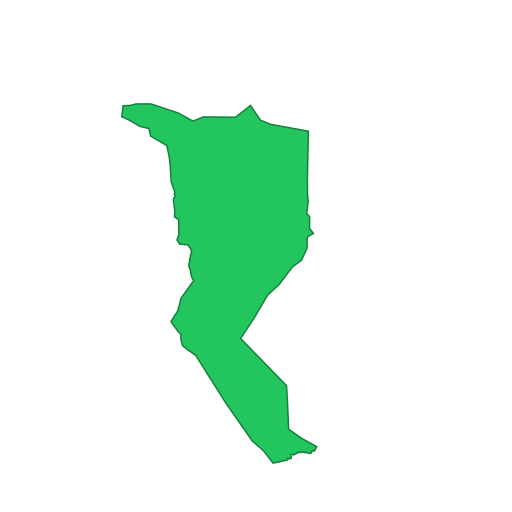 outline of Tonkhil, Govi-Altay, Mongolia, rotated 329°
{"feature_id": "93677404B45605151129701", "entity_name": "Tonkhil", "entity_type": "district", "adm_level": 2, "iso_a3": "MNG", "parent_name": "Mongolia", "parent_adm1": "Govi-Altay", "projection": "orthographic", "projection_center": [93.425, 45.796], "detail": "fine", "context": "isolated", "style": "filled", "palette": "green", "viewbox_px": 512, "rotation_deg": 329, "n_neighbors": 0, "source": "geoboundaries", "source_scale": "gbopen_adm2", "svg_char_len": 4168}
<svg xmlns="http://www.w3.org/2000/svg" viewBox="0 0 512 512"><g transform="rotate(329 256 256)"><path d="M163.9,442.3L166.6,443.3L168.5,444.0L175.9,446.3L177.4,446.9L178.8,446.8L179.0,446.7L179.1,446.4L179.1,446.2L179.2,446.3L179.3,446.3L179.5,446.5L179.8,446.6L180.0,446.6L180.4,446.9L180.5,446.9L180.6,447.0L180.8,447.1L181.0,447.2L181.3,447.3L181.6,447.5L181.8,447.6L181.9,447.4L181.9,447.2L182.1,447.0L182.3,446.8L182.4,446.7L182.4,446.4L182.5,446.2L182.8,446.2L182.8,445.9L182.8,445.7L182.8,445.3L182.9,445.2L183.0,445.2L183.2,444.9L183.3,444.7L183.4,444.4L183.4,444.2L183.5,444.2L183.5,444.3L183.7,444.5L183.9,444.5L184.0,444.5L184.3,444.6L184.5,444.7L184.9,444.8L185.3,444.9L185.5,445.0L185.6,445.3L185.7,445.5L185.8,445.6L186.0,445.8L186.0,446.0L186.3,446.0L186.4,445.9L186.5,445.8L186.7,445.7L186.8,445.7L187.0,445.7L187.3,445.8L187.5,445.9L187.7,446.0L187.8,446.0L188.0,446.0L188.3,446.1L188.5,446.1L189.0,446.0L189.2,445.9L189.3,445.9L189.6,446.1L189.8,446.3L189.9,446.2L190.1,446.0L190.2,445.8L190.2,445.7L190.3,445.7L190.5,445.7L190.8,445.6L191.2,445.8L191.3,445.9L191.3,446.0L191.5,446.0L191.8,446.1L192.0,446.2L192.3,446.1L192.5,446.2L192.5,446.3L192.6,446.8L192.5,447.1L192.5,447.3L192.8,447.4L193.0,447.4L193.1,447.5L193.3,447.6L193.5,447.7L193.6,447.8L193.9,447.9L194.1,447.9L194.6,447.9L195.0,447.9L195.4,447.9L195.6,448.0L195.8,448.1L195.9,448.3L196.0,448.5L196.1,448.8L196.0,449.0L196.3,449.1L196.4,449.3L196.4,449.5L196.6,449.7L196.7,449.8L196.8,449.8L197.0,449.8L197.3,449.9L197.6,449.9L197.8,450.0L198.0,450.2L198.1,450.3L198.1,450.5L198.3,450.6L198.4,450.8L198.4,451.0L198.6,451.2L198.7,451.3L198.8,451.4L198.9,451.5L199.0,451.5L199.3,451.8L199.5,451.9L199.6,452.1L199.8,452.4L200.0,452.5L200.4,452.8L200.6,453.0L200.8,453.1L201.0,453.2L201.3,453.2L201.6,453.2L202.0,453.2L202.3,453.2L202.5,453.0L202.5,452.9L202.5,452.7L202.8,452.4L203.1,452.3L203.3,452.2L203.6,452.2L203.9,452.2L204.0,452.2L204.2,452.3L204.3,452.4L204.4,452.5L204.5,452.6L204.8,452.6L205.0,452.5L205.2,452.8L205.3,452.9L205.4,453.0L205.5,453.0L205.8,452.9L205.7,452.8L205.7,452.7L205.8,452.5L205.8,452.4L206.0,452.3L206.4,452.6L206.7,452.8L209.3,450.9L209.5,450.8L209.6,450.7L209.8,450.7L200.9,435.2L194.8,421.3L208.8,395.5L215.4,382.8L200.3,318.8L222.3,308.3L246.1,295.4L261.0,292.4L281.8,284.1L293.0,283.0L303.9,275.5L306.4,271.4L307.5,269.5L308.8,267.5L309.7,266.4L310.2,266.1L311.4,266.1L313.8,266.1L316.8,266.3L316.2,259.7L322.3,249.8L321.3,245.6L328.9,236.1L329.0,236.1L330.1,233.5L331.8,229.8L341.3,213.9L365.2,176.0L336.6,150.9L329.8,141.9L328.8,124.1L316.4,125.7L309.9,126.5L282.6,109.7L271.4,107.9L263.1,93.5L248.2,76.1L244.1,71.4L231.4,63.8L225.8,62.2L219.5,58.8L212.6,67.5L217.0,73.7L223.2,85.1L229.9,91.6L227.4,98.9L236.4,115.4L236.4,115.5L232.7,126.2L229.8,132.8L221.5,148.8L219.2,159.9L218.1,160.7L217.8,161.1L217.6,161.3L217.6,161.6L217.9,161.9L217.9,162.1L217.6,162.9L217.3,163.5L217.1,163.6L216.7,163.4L216.2,163.5L214.2,165.1L209.4,176.0L206.3,180.5L208.4,185.1L202.9,194.3L200.8,198.2L196.5,201.5L196.7,206.6L203.5,211.4L203.6,211.8L203.2,213.3L203.9,214.4L204.0,214.8L203.6,215.4L203.8,216.2L203.8,216.5L203.6,216.8L203.4,217.1L203.4,217.6L203.3,218.3L203.2,218.8L203.1,219.0L202.8,219.1L202.7,219.3L202.4,219.5L202.3,219.9L202.1,220.4L201.7,220.6L201.2,220.9L200.8,221.2L200.5,221.4L200.3,221.6L199.8,222.2L199.6,222.5L199.4,222.7L199.2,223.0L199.0,223.5L198.7,223.8L197.9,224.2L197.2,224.7L197.0,225.1L196.9,225.3L197.0,225.9L196.7,226.3L196.3,226.8L196.1,226.8L195.5,227.0L195.2,227.4L195.0,227.7L194.8,228.0L194.3,228.8L193.8,229.1L193.6,229.3L193.5,229.6L193.4,230.0L193.3,230.4L193.2,230.5L193.0,230.8L192.9,231.5L192.7,233.0L192.5,233.8L192.3,234.2L192.3,235.1L192.2,235.3L191.9,235.6L191.7,235.9L191.6,236.1L191.5,236.5L191.3,236.9L191.2,237.2L191.1,237.6L191.0,237.8L190.9,238.2L190.8,238.7L190.8,238.8L190.5,239.0L190.3,239.6L190.3,240.3L190.0,241.3L189.8,242.0L189.9,243.5L190.0,244.1L190.1,244.9L169.9,253.6L160.9,262.6L149.2,268.5L150.3,279.9L151.2,284.7L149.1,287.7L146.8,294.9L149.1,301.1L153.1,310.1L154.4,366.3L157.5,412.6L161.8,425.6L162.5,429.8L163.9,442.3L163.9,442.3Z" fill="#22c55e" stroke="#15803d" stroke-width="1.5"/></g></svg>